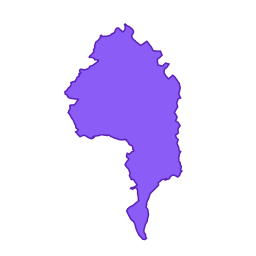 Pegeia, Paphos, Cyprus (Robinson projection), rotated 211°
{"feature_id": "46923920B55178384672299", "entity_name": "Pegeia", "entity_type": "district", "adm_level": 2, "iso_a3": "CYP", "parent_name": "Cyprus", "parent_adm1": "Paphos", "projection": "robinson", "projection_center": [32.366, 34.894], "detail": "fine", "context": "isolated", "style": "filled", "palette": "violet", "viewbox_px": 256, "rotation_deg": 211, "n_neighbors": 0, "source": "geoboundaries", "source_scale": "gbopen_adm2", "svg_char_len": 4351}
<svg xmlns="http://www.w3.org/2000/svg" viewBox="0 0 256 256"><g transform="rotate(211 128 128)"><path d="M56.3,40.7L55.3,42.9L56.7,43.7L58.1,45.7L59.9,46.4L61.1,47.4L62.1,49.4L62.6,51.4L63.1,52.7L63.5,55.3L63.6,58.1L64.6,60.5L65.6,64.0L67.3,66.1L69.0,68.2L71.7,69.4L72.6,72.1L73.5,73.2L73.9,76.1L74.0,77.8L75.2,83.1L74.7,85.4L73.7,89.1L72.9,92.5L72.4,94.8L73.9,96.8L73.2,98.3L72.3,101.1L71.1,102.4L69.4,104.0L69.1,102.8L67.7,104.4L66.4,106.0L66.8,107.8L66.0,109.5L65.5,110.8L63.2,111.5L61.9,111.6L60.2,111.5L59.6,112.9L59.4,114.7L60.0,116.1L59.6,118.9L61.4,119.1L61.9,121.1L62.8,122.8L64.3,123.4L65.2,125.1L67.1,125.6L68.1,127.0L69.3,128.7L69.9,130.6L70.6,131.7L70.7,134.9L72.5,134.8L73.8,136.5L75.0,137.9L76.6,138.9L78.0,139.8L79.0,143.9L81.4,144.5L83.0,145.6L83.6,146.4L82.6,148.6L82.3,149.6L84.1,151.8L84.8,153.9L84.5,156.8L88.1,158.6L90.9,158.6L91.5,162.6L94.4,164.4L96.2,165.1L96.3,168.6L96.3,171.7L99.1,174.4L100.0,178.8L98.4,180.9L101.9,183.1L103.9,189.3L107.1,192.6L111.4,194.6L114.7,196.0L116.8,196.3L117.8,193.4L118.7,190.9L122.4,192.2L125.5,193.7L127.1,196.9L125.9,200.3L125.8,203.9L129.2,203.0L130.4,198.8L134.7,197.5L136.6,199.6L138.3,202.0L136.9,205.3L136.3,208.0L139.8,210.6L142.4,209.0L146.2,207.2L149.5,209.3L153.8,211.0L156.5,212.0L156.9,211.2L158.6,207.3L159.9,205.3L163.0,205.7L165.3,206.0L167.0,206.5L168.9,206.6L170.5,207.4L171.8,208.1L172.5,209.6L172.4,211.2L172.6,212.8L173.4,214.0L174.8,214.8L175.8,215.1L177.4,215.3L179.0,215.5L180.8,215.2L182.3,215.3L183.9,215.7L184.3,215.0L182.8,213.7L181.8,212.1L181.3,210.7L181.5,208.5L182.3,207.6L183.3,208.0L185.2,208.3L186.8,208.6L187.9,208.8L189.2,207.6L189.2,205.0L188.8,203.7L189.0,202.3L190.6,200.0L190.6,198.6L192.1,197.2L193.5,195.6L195.7,194.3L197.0,193.3L198.2,193.6L198.6,193.7L199.2,193.0L198.3,191.6L198.3,191.4L198.5,189.4L198.7,187.6L199.7,185.5L199.6,183.6L199.0,182.4L198.7,180.9L197.8,179.5L197.8,177.4L196.7,175.8L196.8,174.0L197.0,172.0L197.7,170.8L197.8,168.8L197.5,168.6L195.5,169.8L194.1,170.2L192.3,170.0L191.7,169.4L189.7,170.3L188.3,170.9L188.0,169.3L189.1,166.9L189.9,164.8L191.1,162.7L192.5,161.2L192.3,159.3L193.5,157.3L195.3,155.4L197.3,154.7L198.6,154.2L199.3,152.7L198.5,151.7L197.6,150.9L196.9,151.0L196.9,150.1L197.9,149.6L197.9,149.0L197.4,148.1L196.6,148.0L196.6,147.1L197.2,146.1L197.8,145.2L197.8,144.5L197.3,143.7L197.3,143.0L197.5,142.1L197.6,141.6L197.2,140.6L198.8,139.6L199.5,138.5L200.4,137.6L199.1,136.0L198.9,135.0L199.0,133.4L199.6,131.8L199.8,130.5L199.8,128.9L200.7,126.8L200.4,125.9L199.1,124.7L197.3,124.9L195.9,123.8L193.8,123.5L191.3,124.3L189.8,125.1L188.0,125.7L186.3,126.8L185.3,126.9L185.5,125.1L185.5,123.4L185.5,121.9L186.1,120.0L187.7,119.0L189.4,117.7L189.0,116.5L187.6,114.9L187.6,112.7L187.1,110.2L185.3,109.8L181.4,107.5L179.2,106.6L177.2,105.3L175.6,103.9L174.1,103.3L173.4,102.1L172.4,101.2L171.1,101.1L169.8,101.0L169.8,99.3L170.9,97.6L169.0,97.1L167.0,96.4L164.6,95.8L163.0,98.2L161.6,99.3L160.5,99.5L158.1,99.4L156.2,99.5L154.2,99.8L153.0,100.9L152.5,102.1L153.2,101.9L153.7,102.2L152.8,103.3L151.7,104.4L150.5,105.4L148.8,106.7L148.1,107.9L146.7,108.9L145.1,109.5L143.3,110.4L142.0,110.7L141.7,111.7L140.3,112.1L139.1,111.9L137.7,112.1L136.2,112.3L135.2,112.3L133.9,112.6L132.7,112.8L131.5,113.4L130.2,113.3L129.4,113.6L128.1,114.2L127.1,114.8L126.2,115.3L125.5,115.7L125.2,116.5L124.2,117.0L123.7,117.2L123.7,116.6L122.6,116.5L121.5,115.9L120.7,115.9L119.9,115.7L119.4,114.8L118.1,114.6L117.0,114.5L116.0,114.9L115.1,114.7L113.6,113.5L113.3,113.1L113.1,112.3L111.9,112.2L111.2,111.1L112.1,110.1L112.7,109.0L112.9,107.7L113.4,106.2L115.6,106.0L115.3,104.0L114.3,102.7L113.9,102.3L111.9,102.2L111.3,101.2L111.8,98.4L111.6,95.0L110.2,94.2L109.4,94.0L108.3,93.6L106.7,93.2L105.5,92.4L104.9,92.1L104.4,91.5L103.7,90.8L103.0,90.5L102.2,89.8L102.4,88.9L102.5,88.7L102.3,87.9L101.2,87.2L100.0,86.6L99.2,85.7L98.1,85.7L97.5,86.5L96.4,86.4L95.6,86.2L94.9,85.9L93.8,85.2L92.7,84.9L91.2,84.0L90.6,83.6L91.3,83.0L91.5,81.6L92.1,80.8L93.3,79.4L94.0,78.9L94.7,78.0L94.6,77.4L93.5,77.9L92.5,77.9L92.0,79.0L91.3,80.0L91.1,80.4L90.5,80.7L89.8,80.8L88.4,80.1L87.3,78.9L85.9,76.6L83.6,74.2L82.3,72.0L81.3,71.3L82.5,68.2L83.7,64.4L85.7,61.3L86.6,58.5L86.4,56.2L82.8,53.8L78.2,51.1L74.7,50.6L72.2,48.8L69.6,46.2L67.0,44.2L63.4,41.9L60.5,41.0L58.0,40.3L56.3,41.0L56.3,40.7Z" fill="#8b5cf6" stroke="#5b21b6" stroke-width="1.5"/></g></svg>